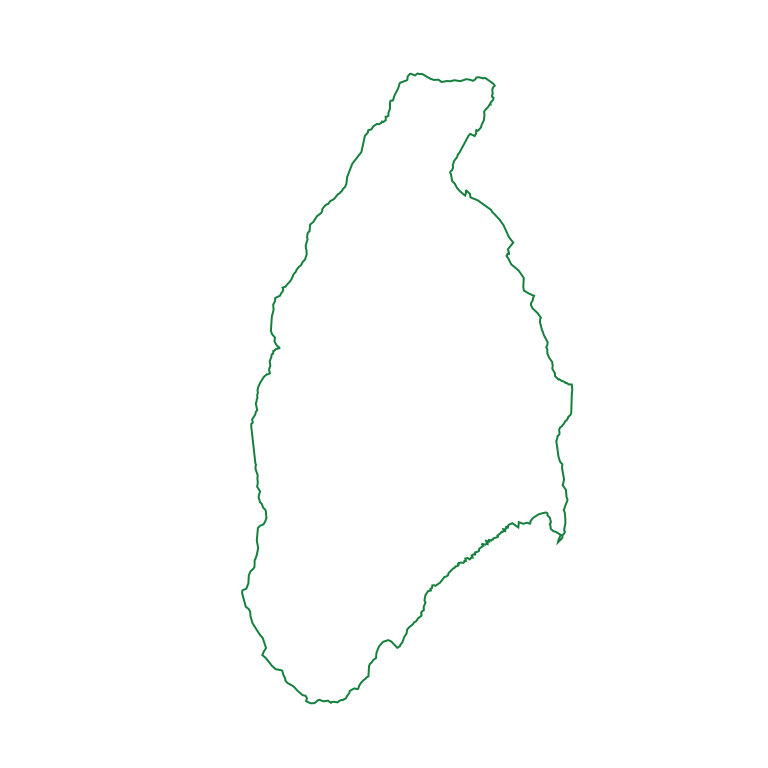 Racoasa, Vrancea, Romania, rotated 248°
{"feature_id": "2599482B99860020344189", "entity_name": "Racoasa", "entity_type": "district", "adm_level": 2, "iso_a3": "ROU", "parent_name": "Romania", "parent_adm1": "Vrancea", "projection": "robinson", "projection_center": [26.879, 46.017], "detail": "fine", "context": "isolated", "style": "outline", "palette": "green", "viewbox_px": 768, "rotation_deg": 248, "n_neighbors": 0, "source": "geoboundaries", "source_scale": "gbopen_adm2", "svg_char_len": 6166}
<svg xmlns="http://www.w3.org/2000/svg" viewBox="0 0 768 768"><g transform="rotate(248 384 384)"><path d="M621.3,598.0L630.0,592.4L630.2,590.5L633.1,586.5L633.5,584.3L632.2,582.7L631.8,580.1L634.2,577.3L635.8,574.4L636.2,568.2L639.3,563.0L639.8,559.1L641.4,555.6L642.4,550.6L645.7,548.5L647.3,544.1L649.7,541.3L657.2,535.5L657.8,533.6L659.3,531.3L658.5,528.3L661.7,524.9L661.8,524.1L660.2,521.1L657.3,519.6L657.0,518.5L657.3,512.0L656.7,511.0L652.6,507.7L647.6,501.8L643.8,498.7L643.5,498.3L644.2,496.2L643.1,495.2L637.1,492.7L633.8,489.7L631.1,488.7L630.8,486.9L631.2,485.7L627.9,484.4L627.2,481.5L628.1,480.5L627.1,479.1L626.7,476.7L627.8,474.9L626.9,470.5L624.8,467.8L625.1,464.3L623.2,463.2L621.2,459.2L607.5,449.9L600.2,437.2L589.7,427.4L583.9,424.2L581.2,421.6L580.4,419.3L578.5,416.9L578.3,415.6L577.5,414.5L577.2,412.4L574.5,407.4L574.0,405.9L573.8,402.8L571.9,399.8L572.0,398.1L571.4,395.8L569.3,392.4L567.5,391.5L566.1,389.8L564.7,384.7L560.8,379.3L559.5,375.3L553.4,372.1L553.0,370.3L551.1,368.8L548.6,367.6L546.7,367.3L541.9,363.4L538.7,362.3L536.7,362.2L533.1,360.8L529.0,357.4L527.4,354.0L525.2,351.6L524.5,349.0L522.6,345.7L520.9,344.0L519.8,341.5L516.1,337.8L514.0,334.8L512.5,331.3L511.1,329.1L511.4,326.0L509.3,326.0L507.7,324.6L506.6,322.6L504.8,320.6L504.5,315.5L501.4,313.7L499.1,311.0L494.1,309.4L488.6,305.3L475.8,299.1L472.3,298.8L467.8,300.3L464.5,298.4L459.7,299.1L457.2,300.5L456.4,300.4L456.9,296.5L455.9,294.9L456.2,293.8L453.6,292.5L453.5,290.9L450.7,289.3L448.1,286.6L443.6,285.5L440.5,282.8L436.6,282.2L436.5,279.8L436.8,279.2L435.9,275.8L431.9,270.0L428.6,266.5L425.5,264.3L423.4,263.9L421.0,262.2L418.3,261.3L417.5,260.3L415.5,259.3L414.2,257.9L407.2,256.6L406.2,254.7L403.9,253.2L400.6,248.5L397.6,247.9L397.0,247.4L396.8,246.1L395.0,245.2L358.9,235.1L356.9,235.0L355.2,233.7L352.9,233.0L346.7,232.7L343.5,231.1L340.2,230.2L336.2,227.9L330.9,228.9L327.2,225.9L325.2,225.2L320.8,224.8L318.5,225.8L314.6,225.6L312.0,226.8L310.7,226.9L303.6,224.7L301.2,222.5L299.0,219.7L299.0,216.2L297.8,213.2L286.5,207.4L279.0,205.9L272.8,201.7L269.8,199.1L269.2,198.1L262.9,195.4L261.7,193.8L260.4,190.2L257.3,187.0L250.0,183.6L245.8,179.7L245.7,175.7L245.4,175.2L243.3,174.1L229.2,172.4L226.0,174.3L223.0,174.6L218.6,173.2L211.3,172.5L197.8,175.0L193.9,176.4L184.1,175.8L183.1,175.4L181.1,172.5L178.2,169.6L174.2,171.8L164.2,174.7L160.1,176.8L157.0,181.7L156.2,182.2L151.3,181.7L148.0,182.1L146.0,181.5L144.8,181.8L143.0,182.5L138.8,185.9L136.6,187.2L132.0,188.9L126.1,191.9L124.2,194.5L121.5,194.8L119.0,193.0L115.5,196.3L114.1,199.9L115.5,204.2L115.5,205.7L112.5,208.9L111.4,213.3L108.3,215.4L108.7,216.5L108.3,218.2L106.2,221.7L106.9,223.9L107.0,226.1L106.4,227.4L106.9,231.0L108.7,233.0L110.6,236.2L112.3,237.3L112.9,242.3L111.0,245.2L111.1,245.9L113.6,248.1L115.5,250.6L117.1,254.1L117.7,256.6L118.4,257.7L118.7,260.0L128.3,264.6L129.9,266.5L130.1,267.6L132.2,270.9L132.9,273.9L137.6,276.3L142.5,281.0L145.0,285.8L145.3,287.0L144.9,292.1L142.5,294.3L134.4,297.5L134.9,300.5L136.2,301.7L137.6,304.2L142.2,308.4L144.1,311.4L147.7,313.5L149.2,316.6L150.2,320.4L151.7,322.4L152.0,324.9L154.0,327.9L155.2,332.1L158.2,332.8L159.1,334.7L159.4,336.2L162.6,337.4L165.9,340.6L168.3,340.5L172.7,343.3L175.4,347.2L175.0,350.1L176.6,350.2L177.0,352.2L179.1,353.3L178.8,354.8L177.6,356.2L178.9,361.9L182.4,367.6L182.2,369.5L182.6,371.6L184.4,372.9L187.1,379.1L187.1,380.4L188.1,382.1L187.7,382.9L187.8,384.9L188.7,385.6L189.4,385.1L190.1,386.1L189.6,388.4L188.4,390.8L188.9,391.8L189.8,392.3L189.3,393.6L191.7,394.0L191.4,394.9L191.6,396.1L189.3,397.7L189.7,399.0L190.4,399.5L189.8,401.2L192.3,401.2L192.5,402.5L191.7,404.6L192.1,405.0L193.1,404.8L193.8,405.5L193.4,407.7L193.7,409.6L195.6,410.6L196.7,415.2L198.6,414.8L198.9,415.2L197.1,417.8L197.4,419.3L196.7,420.1L197.9,420.7L199.5,419.7L200.4,419.9L198.5,422.6L200.0,423.0L198.7,424.8L199.3,426.1L199.0,426.7L199.9,427.6L199.5,432.1L199.8,432.5L201.0,432.4L202.0,436.2L202.9,437.6L202.3,438.5L203.0,440.1L204.7,440.2L204.4,440.8L202.4,440.7L202.1,441.2L203.9,442.2L204.4,443.3L205.7,443.5L205.7,443.9L204.7,444.2L204.4,445.1L206.2,446.0L206.7,446.9L206.9,450.8L200.7,454.8L205.4,457.3L202.3,460.6L201.6,465.0L199.8,466.9L200.3,467.7L202.1,468.6L204.1,472.4L205.3,479.0L204.3,485.8L203.4,486.8L202.1,487.0L201.0,486.4L197.9,487.7L193.3,487.0L191.8,485.1L190.7,485.4L187.3,484.3L183.8,486.1L182.8,487.7L177.9,491.3L173.8,487.2L172.0,486.0L174.5,491.7L177.2,493.1L177.8,495.0L179.2,496.4L180.5,496.2L182.0,496.8L186.7,499.9L190.7,501.5L196.9,503.4L200.0,503.5L200.5,504.4L202.2,505.5L207.2,510.3L208.6,511.0L210.9,510.9L217.5,513.0L223.4,511.8L227.7,515.1L239.5,517.6L242.2,519.1L243.1,519.2L245.8,518.1L251.4,518.6L266.6,522.4L269.1,524.6L270.7,525.4L271.4,527.3L272.3,528.2L275.8,529.2L277.6,530.7L278.1,532.8L280.0,536.2L281.8,538.4L281.8,539.5L283.5,541.8L284.5,542.5L285.3,545.0L286.9,546.7L304.4,554.4L308.0,556.4L313.2,557.9L314.6,554.9L316.2,554.1L316.9,552.8L318.6,551.9L320.5,549.7L322.7,548.4L322.7,547.5L327.2,545.5L329.9,546.5L335.2,545.8L337.6,547.2L341.3,548.2L346.3,547.0L350.9,546.9L355.2,548.4L357.4,548.2L358.5,549.7L361.3,551.4L369.8,550.5L373.0,550.9L374.2,550.6L383.1,551.8L385.9,553.3L386.6,554.3L391.9,553.1L398.4,550.1L402.1,549.8L403.7,550.5L406.0,553.4L407.6,554.1L409.6,556.2L412.9,552.8L418.2,548.7L421.8,549.5L429.9,553.3L438.6,551.4L447.3,546.8L454.6,546.2L456.2,545.6L456.9,545.7L456.8,546.2L458.3,547.0L458.5,547.7L457.7,548.6L458.2,549.0L462.5,549.3L466.7,556.8L473.2,554.9L486.4,554.3L493.3,552.7L503.6,548.6L505.2,548.6L519.2,539.7L524.6,534.1L528.1,534.9L532.0,533.2L532.5,532.8L532.4,532.3L530.5,531.7L528.4,529.8L534.0,526.7L538.6,525.1L543.6,524.6L546.6,523.2L553.2,524.6L555.1,524.5L555.9,525.0L556.9,527.3L558.6,529.0L561.2,529.8L564.6,532.6L567.0,536.8L569.0,538.3L570.4,540.8L582.6,555.5L583.6,557.6L579.9,561.0L581.7,563.2L584.7,564.5L584.7,565.0L583.8,565.2L583.7,566.2L585.5,569.9L587.8,571.7L591.1,575.4L596.3,578.2L598.1,578.5L599.4,579.2L602.0,584.6L603.7,586.8L603.2,587.6L604.9,588.2L606.7,591.7L608.4,592.8L609.9,591.8L610.6,592.0L612.4,593.5L616.5,594.7L618.4,596.6L619.0,598.4L621.3,598.0Z" fill="none" stroke="#15803d" stroke-width="2"/></g></svg>